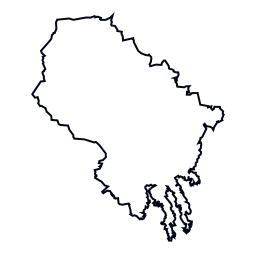 outline of Sandefjord nor, Vestfold, Norway
{"feature_id": "86288312B12201330718372", "entity_name": "Sandefjord nor", "entity_type": "district", "adm_level": 2, "iso_a3": "NOR", "parent_name": "Norway", "parent_adm1": "Vestfold", "projection": "robinson", "projection_center": [10.23, 59.215], "detail": "fine", "context": "isolated", "style": "outline", "palette": "ink", "viewbox_px": 256, "rotation_deg": 0, "n_neighbors": 0, "source": "geoboundaries", "source_scale": "gbopen_adm2", "svg_char_len": 5956}
<svg xmlns="http://www.w3.org/2000/svg" viewBox="0 0 256 256"><path d="M136.6,216.1L139.8,219.3L140.7,218.5L142.0,219.3L143.8,218.4L145.1,216.0L143.3,216.3L145.1,214.0L142.3,212.8L143.8,212.6L143.7,210.4L145.4,208.7L145.7,206.5L147.5,207.8L148.5,205.6L147.5,203.5L146.2,203.0L148.1,203.2L148.1,202.6L148.3,202.0L148.7,203.4L150.0,202.1L149.7,200.5L148.3,200.6L147.9,198.2L147.0,197.3L147.8,196.6L147.5,194.7L146.4,193.2L147.2,190.7L145.3,188.2L145.3,186.8L147.0,185.2L148.9,185.9L150.9,184.7L152.3,185.8L155.0,185.0L155.7,185.5L151.5,187.7L148.7,191.1L148.6,192.3L148.9,191.4L149.1,192.4L149.8,192.4L149.6,193.2L150.8,194.5L150.6,196.0L152.8,198.8L155.3,200.2L155.2,201.2L153.1,203.1L153.9,203.5L154.2,205.4L156.2,205.7L156.8,204.9L156.0,203.1L158.2,201.5L158.9,201.8L157.9,205.6L158.4,206.5L160.2,205.5L159.7,203.9L161.9,203.8L162.4,205.7L162.0,206.4L162.5,206.3L161.9,207.3L162.8,208.5L162.4,209.4L165.3,212.9L166.0,215.5L165.2,216.5L165.8,217.7L164.4,218.6L164.4,220.9L162.2,222.9L161.5,222.5L161.1,223.5L162.2,224.2L163.1,224.3L163.3,223.5L164.6,223.8L166.0,225.6L164.9,226.8L164.6,229.1L167.0,228.9L166.3,230.5L167.2,231.2L167.2,233.1L168.3,233.7L167.8,234.9L169.6,237.6L168.5,237.5L168.8,238.8L168.2,238.9L169.1,240.6L171.3,240.6L171.9,237.2L173.1,237.1L171.9,235.5L174.1,237.2L173.6,235.1L175.0,235.8L175.3,234.1L174.7,233.0L173.5,232.8L174.0,232.5L173.7,231.6L173.7,232.3L172.9,232.0L173.2,231.2L172.3,230.7L172.0,228.1L169.6,224.3L170.7,223.3L172.4,225.5L173.1,225.4L172.9,225.9L175.4,225.2L173.3,221.8L175.1,219.5L175.3,217.8L174.0,215.9L175.1,215.0L174.5,213.6L173.0,213.4L173.2,211.4L172.4,211.4L171.2,209.8L170.7,207.8L171.9,206.6L171.2,204.1L165.2,196.5L167.3,196.1L165.9,193.0L166.6,190.9L167.7,191.2L168.4,190.6L167.3,188.7L168.1,187.7L167.1,186.4L167.6,186.5L167.5,185.9L170.7,191.0L172.5,191.6L173.0,193.3L175.0,192.5L172.9,194.4L176.2,198.6L175.8,200.9L175.1,201.5L176.4,203.4L175.9,204.9L176.3,206.3L177.2,207.0L177.6,206.5L177.9,207.2L177.5,206.1L178.2,205.4L179.3,205.3L179.3,206.3L179.8,205.4L180.3,205.5L180.0,206.2L180.9,207.7L180.9,209.4L180.1,209.2L179.6,210.4L180.6,212.8L181.5,213.2L181.4,215.0L180.4,216.3L180.8,218.6L183.5,222.6L185.0,223.5L184.8,224.1L186.0,224.1L185.8,227.3L185.2,228.2L183.6,228.2L184.4,228.8L184.1,229.5L184.6,230.5L183.9,230.8L186.5,233.2L187.2,231.7L186.3,229.7L187.2,229.6L187.4,230.7L188.1,230.5L187.9,231.2L188.4,230.8L188.5,231.5L189.0,231.1L189.8,229.3L189.4,227.9L190.2,227.3L188.7,224.4L189.5,224.2L190.8,225.4L190.7,223.9L191.2,224.1L190.6,222.2L191.7,223.0L191.9,221.5L188.0,220.7L186.3,215.8L185.0,214.5L186.5,213.4L185.7,212.2L186.1,211.8L188.4,214.1L190.0,213.6L190.6,212.5L190.8,210.6L189.1,207.8L189.3,204.7L188.6,203.2L186.1,202.0L186.7,201.8L186.7,199.6L184.1,196.4L183.2,194.9L183.6,194.2L180.8,192.3L181.4,191.5L182.7,191.8L181.8,190.2L180.3,190.0L180.1,188.3L181.0,187.9L180.3,185.9L178.5,184.6L175.6,186.1L178.0,183.5L176.6,181.4L177.1,180.2L175.6,179.2L175.0,177.8L178.2,175.8L179.1,177.4L180.2,176.4L182.2,177.1L182.6,178.0L184.3,177.1L184.9,178.1L184.4,179.7L186.6,180.5L188.6,179.4L188.4,176.3L189.4,179.8L191.3,178.7L192.0,179.1L189.9,182.8L190.7,185.6L191.3,185.7L191.3,184.8L192.7,185.1L192.3,184.0L193.6,183.7L193.8,181.9L195.1,184.0L196.8,182.8L196.4,183.7L197.0,184.3L197.6,182.9L199.4,183.3L199.7,182.5L198.9,180.8L199.6,180.6L198.3,177.4L198.6,176.6L197.1,176.1L195.4,173.6L195.7,172.8L193.4,172.7L191.9,171.3L190.5,171.5L189.2,172.9L188.6,172.0L189.3,170.2L190.5,170.1L190.5,168.9L194.0,169.3L193.6,167.4L195.7,165.8L195.8,162.8L197.3,161.7L197.2,159.3L198.9,157.7L198.7,156.0L200.7,154.3L201.1,152.0L199.2,150.2L200.7,148.5L201.3,144.1L200.7,142.4L198.4,143.2L200.4,139.4L200.4,138.1L202.2,137.1L206.3,128.8L203.7,124.8L204.6,123.8L206.7,126.3L210.2,126.7L212.0,127.8L213.3,130.0L214.2,127.0L216.9,122.9L216.9,121.8L218.2,121.3L218.5,122.1L222.4,120.2L221.8,119.0L223.7,114.6L222.7,113.9L223.1,111.4L220.1,108.5L219.9,106.9L214.5,106.8L213.8,108.9L212.4,109.9L211.1,108.4L211.4,106.3L208.1,107.3L208.3,106.1L200.3,104.7L197.6,93.0L191.6,93.2L190.3,94.7L186.8,94.7L187.0,91.8L189.2,92.3L188.2,89.0L188.5,87.2L189.4,86.2L185.9,86.3L184.2,87.3L177.3,86.6L176.7,83.3L175.6,82.1L176.6,80.9L175.6,80.5L176.4,79.6L175.5,79.4L176.4,78.5L174.1,78.0L177.6,76.9L178.6,74.9L178.2,72.4L175.4,72.2L173.6,71.5L173.7,70.4L172.1,69.4L169.2,68.7L168.5,65.5L165.1,60.6L163.8,60.6L162.0,62.7L161.5,64.9L156.1,64.6L150.3,66.2L149.6,64.4L150.8,62.1L151.4,58.2L151.1,57.0L148.9,54.6L148.1,55.4L145.6,55.0L141.5,53.4L138.3,51.0L133.9,42.3L133.7,40.0L132.7,39.2L133.0,38.2L123.0,40.5L122.8,36.6L121.5,33.8L121.8,31.8L117.3,31.0L117.4,29.8L115.0,25.9L111.6,25.5L111.2,24.3L111.9,21.8L111.1,20.7L112.6,15.4L110.0,17.9L105.5,19.9L100.7,19.8L100.0,19.2L100.9,17.9L97.8,16.7L95.6,17.2L95.8,16.7L94.5,16.2L90.5,17.6L86.1,17.5L73.5,19.8L68.9,18.5L57.2,19.7L56.0,22.5L56.4,28.7L54.8,32.8L53.6,32.9L53.7,33.5L51.9,35.2L51.5,38.2L50.4,40.1L41.0,50.8L41.8,53.0L44.8,55.7L42.8,56.7L43.4,58.1L42.5,60.2L43.6,62.5L42.9,63.5L45.3,69.1L43.9,70.5L44.1,71.1L42.7,71.9L42.5,73.1L44.0,76.7L43.7,77.6L44.7,81.1L40.8,81.5L32.3,94.2L35.0,97.7L37.7,97.2L38.8,101.1L38.2,103.2L40.0,106.1L41.5,105.9L45.5,108.2L46.7,111.7L51.2,115.8L51.6,119.9L57.4,120.4L58.6,123.8L60.1,124.9L68.1,125.6L69.5,130.0L73.4,135.2L73.3,136.8L74.2,138.6L84.5,139.4L94.1,142.4L96.0,142.0L99.4,145.2L105.7,153.4L105.9,157.2L102.8,160.2L99.5,160.9L98.8,163.1L102.1,163.6L101.4,165.3L99.6,166.4L100.7,167.0L99.5,168.8L94.7,170.1L95.5,172.1L95.0,173.4L95.5,175.3L96.4,175.3L96.4,176.3L95.1,176.9L95.1,177.9L101.6,181.7L104.7,185.4L108.1,186.5L102.2,191.7L102.6,192.6L103.4,193.2L106.9,190.8L109.9,191.0L112.1,193.9L111.3,194.2L112.0,195.3L112.9,196.1L113.0,196.0L111.7,194.5L113.8,195.6L114.8,197.7L113.5,197.6L115.4,198.6L118.0,198.1L118.6,203.2L119.7,204.2L122.5,204.7L128.6,203.5L129.3,204.3L128.9,204.5L130.5,210.1L130.6,212.5L131.3,213.4L130.3,214.3L132.7,215.8L134.5,215.3L136.6,216.1Z" fill="none" stroke="#020617" stroke-width="2"/></svg>